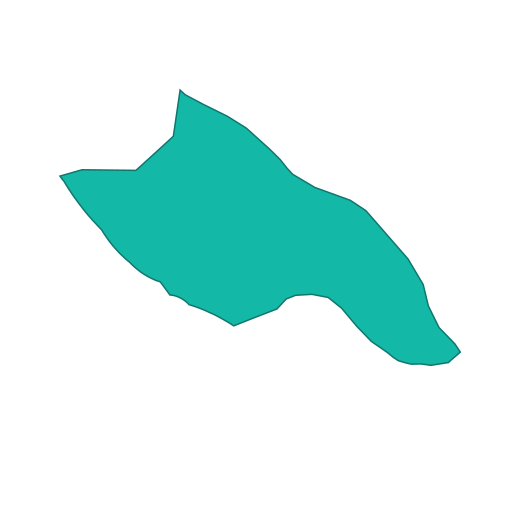 Dumyat 2, Dumyat, Egypt (Equal Earth projection), rotated 333°
{"feature_id": "37247803B80860993707274", "entity_name": "Dumyat 2", "entity_type": "district", "adm_level": 2, "iso_a3": "EGY", "parent_name": "Egypt", "parent_adm1": "Dumyat", "projection": "equal_earth", "projection_center": [31.811, 31.425], "detail": "fine", "context": "isolated", "style": "filled", "palette": "teal", "viewbox_px": 512, "rotation_deg": 333, "n_neighbors": 0, "source": "geoboundaries", "source_scale": "gbopen_adm2", "svg_char_len": 1881}
<svg xmlns="http://www.w3.org/2000/svg" viewBox="0 0 512 512"><g transform="rotate(333 256 256)"><path d="M117.6,95.8L118.2,99.5L118.5,100.8L118.8,102.2L119.1,106.3L119.5,110.7L120.0,115.0L120.5,119.4L121.2,123.7L121.9,128.1L122.7,132.4L123.5,136.6L124.4,140.9L125.4,145.2L126.5,149.4L127.7,153.6L128.9,157.8L130.1,161.9L130.3,162.5L130.5,164.8L130.8,167.8L131.2,170.9L131.6,173.9L132.1,176.9L132.7,179.8L133.3,182.8L134.1,185.7L134.9,188.6L135.7,191.5L136.7,194.4L137.7,197.2L138.7,200.0L139.9,202.7L140.7,204.6L141.0,205.7L141.6,207.5L141.8,208.0L142.2,209.2L142.6,210.3L143.5,212.5L144.0,213.6L144.5,214.7L145.5,216.9L146.0,218.0L146.6,219.0L147.7,221.1L148.4,222.1L149.0,223.1L150.2,225.1L150.9,226.0L151.6,227.0L153.0,228.9L153.7,229.8L154.4,230.7L155.9,232.5L157.5,234.1L158.3,234.9L159.0,235.7L160.6,245.4L161.6,251.7L162.1,251.9L162.9,252.5L164.1,253.3L164.7,253.8L165.2,254.2L166.3,255.2L166.8,255.8L167.3,256.3L168.3,257.4L168.8,258.0L169.2,258.6L170.1,259.8L170.5,260.4L170.9,261.1L171.7,262.4L172.0,263.1L172.4,263.8L173.0,265.2L173.3,265.9L173.6,266.6L174.0,268.1L174.3,269.0L177.0,271.6L179.5,274.2L182.0,276.9L184.4,279.6L186.7,282.4L189.0,285.3L191.3,288.1L193.5,291.1L195.6,294.1L197.7,297.2L199.7,300.3L201.7,303.4L203.6,306.7L204.4,308.1L225.3,310.1L250.6,312.7L263.5,308.0L273.5,309.0L288.5,315.6L301.5,325.7L308.6,341.5L313.8,364.1L320.0,384.5L329.1,401.4L331.5,406.8L332.1,408.2L334.6,412.7L335.2,413.8L341.2,419.5L345.2,422.8L354.2,427.2L362.2,432.8L379.1,438.3L382.2,437.4L385.4,436.6L394.4,434.4L393.3,424.6L386.6,402.9L386.7,392.2L386.9,378.7L392.0,357.3L390.1,327.7L374.5,265.5L365.3,249.2L355.5,238.7L346.0,228.5L339.6,221.7L325.8,199.9L323.5,191.8L321.3,181.0L316.8,167.4L305.4,137.6L293.9,118.5L277.6,96.6L266.1,80.2L263.7,73.7L236.7,111.8L217.6,117.1L187.9,125.2L140.2,100.2L117.6,95.8Z" fill="#14b8a6" stroke="#0f766e" stroke-width="1.5"/></g></svg>